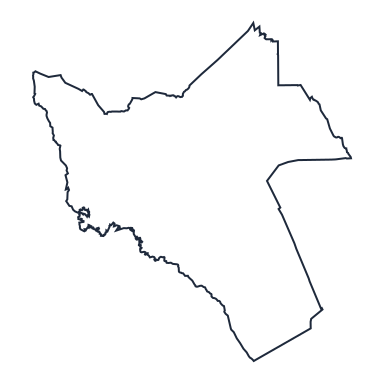 Cerralvo, Nuevo León, Mexico (Equal Earth projection)
{"feature_id": "50627088B47581095224708", "entity_name": "Cerralvo", "entity_type": "district", "adm_level": 2, "iso_a3": "MEX", "parent_name": "Mexico", "parent_adm1": "Nuevo León", "projection": "equal_earth", "projection_center": [-99.749, 26.06], "detail": "fine", "context": "isolated", "style": "outline", "palette": "slate", "viewbox_px": 384, "rotation_deg": 0, "n_neighbors": 0, "source": "geoboundaries", "source_scale": "gbopen_adm2", "svg_char_len": 5855}
<svg xmlns="http://www.w3.org/2000/svg" viewBox="0 0 384 384"><path d="M60.6,75.1L48.6,77.0L40.2,73.6L35.4,71.3L34.4,72.3L33.3,72.6L33.4,74.3L33.0,75.6L33.2,76.7L33.1,78.3L33.9,80.8L34.7,86.7L34.5,93.4L35.2,93.9L34.0,96.2L33.2,97.2L34.0,98.6L34.1,100.8L34.8,103.5L36.3,104.8L38.6,103.7L39.2,105.6L41.2,106.4L43.4,108.8L45.0,109.0L45.8,110.4L46.5,110.9L47.0,112.4L46.5,114.9L46.6,116.1L47.4,118.4L48.9,121.2L50.1,122.9L50.3,126.2L52.5,127.6L52.8,132.2L52.6,133.1L53.9,135.5L53.2,137.9L53.5,140.0L54.1,140.0L55.5,141.8L55.9,141.8L55.9,142.3L57.4,143.8L58.1,145.0L60.2,145.4L60.4,145.6L59.7,148.9L60.1,151.3L60.3,157.6L61.0,160.5L65.9,165.5L67.1,168.3L66.6,170.5L67.9,173.4L65.5,175.2L67.4,182.4L65.8,189.5L67.3,188.9L68.2,187.8L69.0,190.0L67.6,192.2L67.3,199.4L66.2,201.1L69.4,205.9L71.6,206.3L73.1,209.7L75.0,211.4L78.0,212.7L79.8,210.9L79.7,209.8L80.4,209.5L80.7,210.1L82.0,210.2L82.5,209.2L82.7,207.8L83.8,207.4L84.5,208.2L84.5,209.7L85.7,210.1L86.6,209.8L87.3,210.9L88.2,209.7L88.5,211.4L89.1,211.7L89.1,212.6L88.4,212.8L89.4,214.7L89.0,216.5L87.8,215.2L87.1,216.6L86.4,215.3L85.7,215.3L85.1,214.2L83.8,213.7L83.2,213.7L83.0,214.4L82.6,214.1L82.6,213.5L79.8,212.3L79.6,213.3L79.7,214.1L79.4,214.2L79.2,214.7L79.7,215.3L79.4,216.7L78.2,217.1L78.2,217.8L78.4,218.3L78.4,219.1L80.1,219.5L81.0,218.7L81.7,219.0L81.1,220.1L83.6,221.1L83.5,221.9L79.3,222.6L79.5,223.8L79.4,224.4L79.9,226.0L79.9,227.9L80.4,229.2L84.3,231.3L85.4,230.6L84.7,229.2L85.6,229.2L86.0,229.9L87.5,227.5L88.2,227.7L88.0,227.2L88.4,226.3L88.5,224.9L89.6,225.3L89.9,227.1L90.3,227.3L91.2,226.2L91.7,226.5L92.2,228.3L92.9,228.6L93.5,227.9L94.1,229.2L95.1,229.4L96.2,230.7L96.6,230.1L96.7,228.4L98.6,227.8L99.0,228.7L97.2,230.4L98.2,231.9L99.1,231.6L99.8,232.5L99.7,233.8L100.7,233.9L101.0,234.5L100.9,235.8L103.1,236.0L103.2,235.4L103.9,235.6L104.4,235.2L104.2,234.6L104.8,234.2L105.1,234.4L105.6,233.7L105.5,232.5L106.4,232.0L106.4,230.5L107.5,231.3L109.5,226.9L109.4,225.9L110.1,225.6L110.1,224.6L111.3,225.1L113.3,222.6L114.5,223.5L113.9,226.4L114.7,226.2L114.7,225.5L116.7,225.3L119.5,226.2L119.8,227.6L118.2,227.5L116.2,230.6L123.8,228.1L126.8,228.3L128.7,227.8L129.6,228.0L129.8,228.5L130.7,227.8L132.2,228.0L132.5,228.8L132.3,229.5L131.9,229.7L131.0,229.5L130.7,230.0L132.5,231.2L133.1,230.9L133.7,230.2L134.0,230.4L133.7,233.0L133.8,234.1L135.7,237.3L135.9,237.4L136.9,236.7L137.4,237.3L137.0,237.7L135.9,238.1L135.7,238.5L135.8,238.8L136.6,239.6L137.1,239.6L137.8,239.3L139.6,237.9L140.1,237.9L140.3,238.5L140.2,239.4L139.3,240.5L139.3,242.1L139.5,242.2L140.7,240.7L141.1,240.6L142.2,241.8L141.6,242.5L140.8,242.3L140.3,242.4L139.3,243.6L138.9,244.7L138.9,245.3L139.1,245.4L140.7,245.0L140.8,245.3L140.2,246.8L141.6,247.9L141.2,248.5L140.1,249.0L140.3,251.1L140.7,252.0L141.6,252.3L144.1,251.8L145.4,252.2L145.6,252.7L144.9,254.3L145.3,254.7L146.4,254.2L147.3,253.2L147.7,253.2L147.6,254.8L148.8,255.6L149.9,257.4L152.6,256.6L154.2,257.1L154.6,257.6L154.8,258.1L154.7,258.7L154.3,259.5L154.7,260.3L155.2,260.8L155.6,260.8L156.3,259.6L157.9,260.1L158.4,259.9L159.3,257.8L160.4,257.0L160.9,256.8L163.0,257.3L164.0,257.0L164.5,257.4L164.3,260.7L164.8,261.1L166.2,261.1L166.4,262.4L166.6,262.8L168.4,263.0L170.8,262.7L172.9,263.9L177.0,264.3L178.0,264.7L178.3,265.6L178.1,266.5L178.7,267.6L178.9,271.4L179.3,272.1L180.3,272.6L181.0,272.6L181.6,273.1L183.1,273.3L185.1,275.9L187.9,275.8L188.2,276.7L189.4,278.0L192.3,280.6L194.6,284.6L195.2,285.2L195.5,286.2L196.0,286.3L196.3,286.7L197.4,286.7L200.1,285.8L201.7,285.7L203.6,287.0L205.1,287.4L206.0,289.5L206.6,290.2L207.1,291.4L209.2,292.3L209.9,293.3L211.3,294.0L211.5,294.4L211.5,296.5L212.7,297.7L213.2,298.0L214.4,298.1L215.8,298.7L216.8,299.6L217.7,300.9L219.0,300.9L219.6,301.2L220.2,302.0L220.5,303.1L221.2,304.0L222.7,305.5L224.0,306.1L224.8,310.5L224.3,311.5L224.4,312.0L225.7,313.9L227.8,315.6L230.8,328.5L231.2,329.6L233.8,332.2L236.8,338.4L240.1,343.1L243.5,348.8L246.7,352.4L248.8,356.2L249.9,357.6L251.4,358.5L252.8,359.8L253.7,361.0L310.7,328.4L310.6,321.8L311.2,318.8L322.5,309.5L321.8,308.1L321.0,308.6L309.6,281.3L308.7,278.4L296.3,248.8L294.4,243.3L282.0,214.7L278.6,209.0L280.3,207.6L267.0,180.9L278.7,165.4L288.1,162.0L298.1,160.1L331.4,159.6L335.7,159.4L345.8,158.1L346.8,158.5L351.0,158.3L350.7,157.0L348.4,153.9L348.1,153.0L347.0,152.2L346.6,149.8L346.2,149.3L346.3,148.4L344.7,148.0L343.5,146.3L342.9,144.4L342.0,138.0L341.8,137.8L340.6,138.2L339.4,137.2L338.7,136.9L337.9,136.9L337.0,137.4L336.1,137.5L334.2,136.5L333.5,135.7L329.9,128.5L327.2,119.2L326.0,118.4L320.8,110.4L319.5,104.4L318.6,103.7L318.0,102.3L316.5,101.1L314.2,99.8L314.1,100.0L313.4,99.7L312.5,98.4L311.9,96.8L310.3,98.1L309.9,99.8L300.6,85.0L297.7,85.5L297.5,85.1L278.3,85.3L278.1,55.0L277.6,54.1L277.8,53.7L278.0,53.6L277.9,41.3L272.9,41.5L272.8,40.3L272.2,39.6L271.3,40.5L271.2,39.2L266.3,39.3L265.8,39.1L264.6,38.0L264.9,37.1L265.4,36.4L265.4,35.2L265.6,34.7L265.1,34.4L264.8,33.9L264.3,33.7L264.1,34.3L263.7,33.5L260.1,35.1L260.8,33.1L259.8,32.7L259.4,26.6L254.8,30.3L253.3,23.0L247.9,31.0L217.7,59.8L201.3,74.3L189.5,85.5L189.4,86.8L188.5,88.4L187.1,89.6L186.0,90.0L184.8,91.4L184.0,91.8L182.9,93.8L182.9,95.8L182.5,96.0L182.1,96.8L180.3,97.1L178.8,96.3L177.8,96.1L177.0,96.4L176.1,97.4L175.2,96.3L174.4,96.2L173.6,95.3L172.1,95.3L171.6,95.7L170.8,95.6L170.1,96.0L169.9,95.7L166.6,95.5L165.8,94.1L155.4,92.1L144.4,98.4L141.2,99.3L139.7,98.4L132.5,98.0L132.5,98.7L131.9,100.1L129.8,103.8L128.8,104.4L128.1,106.1L128.3,107.0L129.2,107.9L128.8,108.9L128.4,109.2L127.6,110.4L125.9,110.4L124.0,111.5L121.2,111.1L120.5,111.6L112.0,111.5L110.9,111.9L109.8,111.7L108.0,112.0L107.5,112.4L106.9,114.0L106.4,113.8L104.5,113.9L104.0,111.9L98.2,105.2L92.0,94.0L91.4,94.0L90.6,94.6L90.0,94.7L88.5,93.2L86.3,92.1L85.9,91.3L83.9,89.7L83.3,89.5L82.1,91.0L78.5,88.9L65.3,82.8L61.5,77.6L60.6,75.1Z" fill="none" stroke="#1e293b" stroke-width="2"/></svg>